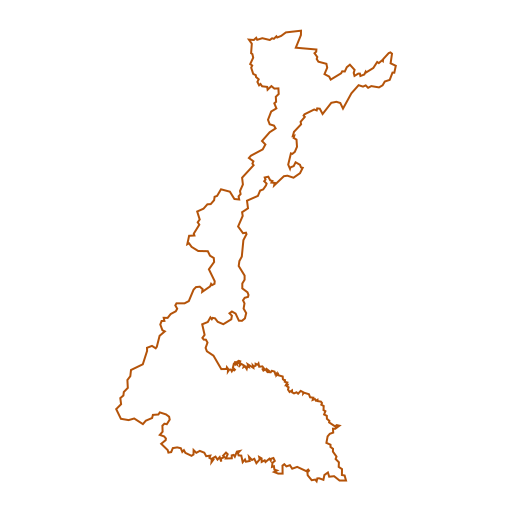 the district of Istmina, Chocó, Colombia
{"feature_id": "7082276B37005238590154", "entity_name": "Istmina", "entity_type": "district", "adm_level": 2, "iso_a3": "COL", "parent_name": "Colombia", "parent_adm1": "Chocó", "projection": "robinson", "projection_center": [-76.831, 4.831], "detail": "fine", "context": "isolated", "style": "outline", "palette": "amber", "viewbox_px": 512, "rotation_deg": 0, "n_neighbors": 0, "source": "geoboundaries", "source_scale": "gbopen_adm2", "svg_char_len": 6042}
<svg xmlns="http://www.w3.org/2000/svg" viewBox="0 0 512 512"><path d="M322.6,114.0L331.3,102.8L336.4,101.8L340.3,103.0L343.0,108.6L351.4,93.3L358.6,85.2L363.0,86.6L365.7,85.4L368.1,87.8L371.3,86.1L379.0,87.4L382.6,85.3L384.8,81.5L389.7,79.9L392.5,72.6L394.3,72.7L395.8,65.8L390.6,63.3L392.0,53.7L390.4,52.4L388.7,53.1L383.2,59.1L382.9,61.1L382.1,60.3L378.8,63.1L377.2,62.0L373.3,68.0L366.2,72.4L365.7,71.6L364.3,74.5L360.4,76.0L359.9,73.6L358.3,73.6L354.5,75.9L353.7,72.9L354.6,69.9L349.9,64.7L346.8,67.2L344.8,71.5L342.2,71.3L341.1,73.3L330.7,79.6L329.2,76.6L324.5,74.1L327.2,67.7L326.4,63.8L318.4,61.7L316.7,59.0L317.3,57.0L314.5,53.2L316.2,51.7L316.4,49.5L295.8,47.7L300.9,35.1L301.0,30.7L285.9,32.4L281.2,35.9L277.2,37.5L276.4,36.3L273.9,38.8L272.1,38.3L269.8,40.0L262.3,38.2L257.2,39.8L256.2,37.8L253.8,40.0L248.9,39.6L251.8,43.7L251.1,53.2L252.4,54.1L253.2,57.7L250.2,64.1L252.2,65.5L251.2,67.7L253.2,73.9L255.8,75.2L256.0,77.0L258.7,79.3L257.4,81.9L259.1,85.3L260.5,84.0L262.1,86.3L267.2,86.9L267.6,89.7L271.4,86.1L274.4,88.6L278.4,88.4L278.7,94.0L275.8,96.8L276.1,101.8L274.3,103.3L276.4,108.4L271.2,111.5L268.0,119.8L269.7,124.3L274.0,125.6L275.6,128.4L269.7,132.2L262.0,141.0L265.4,144.5L262.7,149.4L250.9,155.7L248.9,158.0L253.4,161.3L252.4,163.6L253.6,165.2L242.1,177.7L242.9,184.5L240.0,191.0L240.6,194.1L238.6,196.3L239.2,199.5L234.4,199.0L229.9,191.7L221.0,189.3L217.1,195.9L214.6,196.8L214.1,200.2L210.7,204.1L207.4,204.3L203.5,208.7L197.2,211.5L199.7,219.5L197.7,222.3L199.3,224.7L193.8,233.6L194.4,235.5L189.1,235.8L187.3,244.2L189.0,243.3L191.6,246.9L198.2,251.0L207.8,251.2L210.0,255.7L213.8,258.0L214.1,262.0L208.9,269.3L214.7,281.2L214.5,283.8L212.1,285.1L211.1,283.9L210.1,286.4L202.2,291.9L202.6,289.1L199.8,286.7L196.0,287.1L193.6,289.6L188.8,301.1L184.6,303.3L176.5,303.3L175.3,305.4L177.2,308.7L175.8,311.3L170.7,314.0L167.6,317.9L163.7,317.8L164.4,320.9L161.6,321.0L160.3,324.5L162.4,330.2L164.8,331.4L159.6,335.8L156.8,346.8L155.7,348.3L152.0,345.9L147.0,347.8L147.1,350.9L142.8,364.3L131.0,370.0L130.3,376.2L127.4,380.0L127.8,387.9L123.8,392.0L123.4,395.5L120.3,398.1L121.1,404.2L116.2,409.1L120.9,418.8L128.6,420.1L134.2,418.5L142.9,424.1L145.8,420.7L152.1,418.0L152.9,414.9L158.4,414.5L159.8,412.4L166.0,414.4L169.1,416.7L169.7,419.6L166.8,424.2L164.4,423.7L162.4,425.7L162.6,431.7L159.8,434.9L164.1,436.4L165.9,438.5L165.7,440.1L161.2,443.8L167.7,450.1L168.4,452.6L171.2,452.1L172.8,448.1L177.2,447.4L180.8,448.2L182.3,451.9L183.9,450.2L185.4,452.9L191.5,455.8L193.5,454.5L193.6,450.1L196.3,452.8L199.8,450.9L204.3,452.7L206.2,456.2L210.3,455.6L209.4,457.8L211.8,459.3L211.5,462.2L213.6,459.3L212.7,458.2L215.5,456.6L217.5,459.6L219.7,457.1L221.2,461.6L221.0,458.5L224.4,457.1L223.1,455.7L226.0,452.6L227.7,454.2L225.8,458.5L231.8,458.3L231.7,455.4L233.6,454.9L234.8,456.7L236.9,451.6L239.8,451.0L237.9,453.1L238.6,455.4L241.3,455.6L242.7,462.2L245.0,459.5L245.9,461.7L249.7,461.0L249.0,456.8L252.0,460.0L254.3,458.8L256.4,463.2L259.7,459.4L259.2,457.0L261.6,458.4L261.7,461.9L264.7,460.3L265.5,462.0L269.4,458.7L270.7,460.6L270.9,458.8L273.4,458.0L274.8,460.9L272.5,462.8L272.0,466.9L273.9,466.2L274.4,469.6L277.0,470.5L274.1,472.0L278.2,473.6L282.6,473.6L282.5,465.6L284.3,464.2L286.4,466.4L289.9,465.2L292.2,468.7L297.2,466.9L306.2,471.1L308.2,469.6L309.0,470.7L307.4,472.3L307.7,475.3L311.7,480.2L315.2,479.6L316.6,481.3L317.3,478.4L319.2,478.3L323.4,479.8L324.4,475.0L327.9,472.5L329.2,476.7L334.1,476.2L339.5,480.5L346.0,480.5L344.6,475.5L341.9,475.0L342.0,469.1L338.7,466.9L338.9,462.3L335.6,459.0L336.5,456.6L332.9,451.6L333.0,448.8L330.5,447.0L330.5,444.7L326.4,442.9L327.6,436.4L329.8,433.8L333.2,432.6L333.0,428.7L335.2,428.8L339.4,425.7L336.7,425.1L335.1,426.4L329.1,422.4L329.4,420.9L326.9,418.8L326.8,415.8L324.1,414.5L325.4,411.2L323.5,410.1L323.7,406.0L321.3,404.7L322.0,403.0L320.9,401.6L317.6,401.1L317.5,399.8L316.0,400.7L314.9,399.0L312.7,399.9L313.3,397.7L310.1,397.3L308.9,394.2L304.0,392.7L303.2,393.6L303.3,392.3L300.7,390.9L298.1,393.7L296.5,392.3L294.0,393.4L292.1,392.3L292.0,390.4L289.6,392.0L288.0,389.6L288.6,387.3L286.9,386.3L287.6,384.9L285.9,385.1L287.3,382.5L284.8,381.8L285.1,379.3L284.5,380.5L282.9,379.2L282.7,376.5L278.5,375.3L278.1,374.0L276.5,375.4L276.7,373.3L275.4,374.3L274.5,371.6L271.8,370.8L270.7,372.3L268.3,372.1L269.0,370.9L266.9,369.2L266.7,371.0L265.4,369.4L263.4,370.6L262.6,369.2L263.9,368.4L262.4,366.4L259.2,366.7L258.5,363.5L257.7,364.7L255.6,363.8L255.6,365.6L253.9,366.6L252.9,365.5L253.3,367.8L247.8,364.3L248.8,367.1L247.3,366.5L246.7,369.0L245.1,366.4L243.5,367.2L244.0,365.5L241.3,363.9L239.9,365.4L239.9,363.2L238.8,363.2L240.1,361.3L238.7,360.8L237.2,361.8L238.0,362.7L236.1,362.3L236.9,364.5L235.0,363.0L234.9,364.5L233.8,363.9L232.9,367.7L234.9,369.7L234.2,370.4L232.8,369.6L231.8,371.3L230.9,369.5L229.2,369.7L227.9,371.6L228.0,368.8L226.9,367.3L226.6,369.0L221.3,369.1L213.5,355.7L206.9,351.3L205.6,347.9L207.5,342.6L205.9,339.7L203.7,339.6L202.4,337.9L204.6,334.9L202.2,324.3L207.8,322.0L210.4,317.4L211.8,319.2L212.6,317.9L215.0,318.3L217.7,321.8L223.3,324.2L231.3,319.3L231.9,315.7L229.5,313.3L231.9,311.5L235.6,313.6L238.9,320.7L242.0,320.8L244.9,318.4L246.2,313.1L243.6,308.6L244.5,303.4L243.0,300.3L244.7,297.8L248.0,296.9L248.5,295.0L247.5,292.3L242.3,288.4L242.3,283.5L244.6,279.7L244.6,275.6L238.7,266.0L239.4,261.0L241.8,256.6L243.4,240.1L246.5,234.2L246.0,232.7L243.0,233.2L238.1,226.5L242.7,215.9L242.1,212.2L248.0,208.3L247.0,200.7L257.9,195.9L260.1,190.6L263.2,189.4L266.0,185.4L266.6,183.6L264.2,181.2L265.5,179.6L264.7,177.5L268.3,176.7L270.2,180.3L272.4,181.0L271.5,182.6L274.7,182.9L274.2,185.4L283.9,176.2L287.4,175.7L293.5,177.7L300.0,173.2L302.7,167.8L301.0,167.4L300.0,164.8L295.6,162.3L293.7,166.1L290.4,167.4L290.0,168.8L288.2,164.6L290.9,153.4L292.3,153.9L294.8,151.9L297.0,146.8L296.5,139.6L293.6,137.9L294.3,135.6L292.8,136.0L294.0,131.8L301.1,124.3L300.6,121.8L304.8,116.9L303.6,115.6L304.5,114.3L314.2,109.5L316.7,110.4L317.2,108.4L319.8,108.7L322.6,114.0Z" fill="none" stroke="#b45309" stroke-width="2"/></svg>